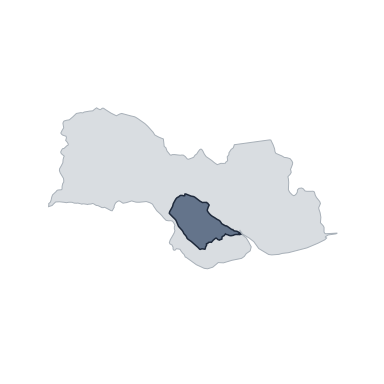 location of Upper Demerara-Berbice within Guyana, rotated 120°
{"feature_id": "GUY-673", "entity_name": "Upper Demerara-Berbice", "entity_type": "Region", "adm_level": 1, "iso_a3": "GUY", "parent_name": "Guyana", "parent_adm1": "", "projection": "natural_earth1", "projection_center": [-58.308, 5.539], "detail": "fine", "context": "in_parent", "style": "filled", "palette": "slate", "viewbox_px": 384, "rotation_deg": 120, "n_neighbors": 0, "source": "natural_earth", "source_scale": "10m", "svg_char_len": 5491}
<svg xmlns="http://www.w3.org/2000/svg" viewBox="0 0 384 384"><g transform="rotate(120 192 192)"><path d="M129.9,179.0L122.6,169.6L115.3,160.2L108.1,150.9L107.6,149.7L110.6,145.3L113.3,142.1L115.6,140.3L116.6,138.7L115.8,131.9L115.9,129.4L114.8,126.8L114.1,123.8L115.0,121.3L116.1,119.6L117.5,118.9L120.8,118.3L123.2,118.0L124.1,117.0L125.4,115.9L127.2,115.8L130.8,116.6L132.4,115.1L135.3,113.1L141.9,109.6L143.4,107.3L144.4,103.7L144.3,102.0L143.6,101.4L142.0,100.8L139.5,100.7L137.5,101.7L135.4,101.2L133.7,99.0L133.6,97.2L134.6,94.6L134.0,92.9L130.8,87.5L130.8,86.0L133.2,83.6L134.5,81.5L136.4,76.6L137.8,75.0L142.4,74.4L143.6,73.3L145.9,70.7L149.4,67.8L154.4,65.4L155.8,61.1L156.7,59.9L160.7,57.6L161.4,56.4L161.3,55.3L154.9,45.6L156.2,46.3L161.1,52.6L163.9,54.0L164.4,54.0L164.5,52.4L167.0,53.1L173.5,57.4L182.9,64.5L196.3,78.1L200.1,83.2L202.6,85.6L206.6,91.5L207.8,94.4L207.6,105.9L204.1,113.6L203.3,119.4L203.1,127.2L201.0,131.7L203.7,129.2L204.6,122.2L206.9,118.0L209.9,113.3L213.9,112.2L218.2,114.2L221.7,114.5L224.7,115.9L231.3,123.4L237.6,129.3L240.0,134.0L246.7,136.4L250.7,140.1L252.0,143.3L252.8,151.8L251.5,164.6L251.8,165.2L250.0,167.7L249.7,169.3L248.5,172.2L247.6,173.7L248.9,177.2L250.4,177.4L251.0,177.8L251.4,178.5L251.3,179.3L250.7,180.0L249.3,180.8L247.9,182.8L248.0,185.1L247.2,186.3L244.4,186.9L238.9,186.9L236.2,187.0L234.1,187.4L232.7,188.9L230.9,189.9L229.5,190.1L228.2,191.8L227.0,194.2L227.4,195.9L228.7,198.0L229.5,200.3L228.5,203.9L227.4,206.7L226.8,208.9L225.9,213.0L223.8,217.5L222.3,220.1L222.3,222.9L223.1,226.8L227.3,232.6L228.8,235.4L229.9,239.8L233.8,243.3L236.2,246.1L236.0,249.9L236.3,251.0L237.8,252.0L239.7,252.7L241.7,252.6L243.5,252.3L243.9,251.8L248.1,251.7L248.6,252.6L248.8,258.0L249.0,260.2L250.0,261.1L250.6,262.4L250.6,263.6L250.8,266.6L251.5,268.2L251.4,271.4L251.8,272.6L252.9,273.4L254.4,275.7L255.0,276.0L255.2,276.8L256.5,280.1L257.1,281.0L257.6,281.2L257.8,282.3L258.7,285.4L259.3,286.1L260.5,288.4L260.9,290.8L262.5,293.6L264.1,295.5L264.8,297.5L266.8,302.0L268.8,305.1L271.4,305.9L273.6,306.4L275.0,307.6L276.4,308.9L274.9,309.5L273.6,310.3L271.8,309.6L269.3,310.0L266.6,310.9L264.2,311.3L259.6,309.9L258.2,309.7L257.3,309.1L255.4,306.3L254.5,306.0L252.1,307.3L249.1,308.2L247.7,308.0L246.0,308.9L244.4,310.2L241.4,315.6L239.8,317.5L238.1,318.3L234.8,318.3L231.2,318.5L228.5,319.8L226.0,320.5L224.8,320.6L224.3,323.5L223.8,324.9L223.0,325.7L221.0,325.9L219.3,325.8L218.2,324.6L216.2,324.0L214.5,323.5L213.4,322.8L212.4,323.0L211.7,324.2L211.1,325.3L210.5,327.2L207.9,327.8L206.7,328.9L207.4,332.5L207.1,334.0L206.5,335.1L203.3,335.3L200.6,335.2L199.0,336.5L197.1,338.1L195.9,338.4L194.5,338.3L192.6,336.5L190.8,334.3L186.3,332.7L181.8,331.4L178.8,327.9L178.1,326.1L176.7,325.4L173.2,321.2L171.3,318.5L169.2,317.8L166.8,316.7L166.9,314.7L166.7,312.8L165.7,312.1L164.3,311.6L163.7,310.5L163.9,308.1L164.2,301.7L163.8,295.6L160.5,293.5L159.1,292.1L156.7,283.1L155.5,279.1L155.5,276.1L156.3,267.1L157.2,263.2L159.7,255.5L161.2,252.8L161.2,250.9L161.1,248.3L160.4,243.3L164.6,240.2L166.4,238.9L166.7,236.8L169.0,234.1L170.0,231.5L170.8,229.5L170.6,228.5L169.6,227.9L168.4,226.0L166.0,220.5L165.1,219.4L164.4,217.9L164.7,215.4L165.7,212.8L165.6,211.7L164.1,210.3L161.1,207.9L158.6,207.8L156.7,206.9L153.8,206.8L151.5,206.5L150.3,205.7L150.5,204.2L151.1,203.1L153.0,200.3L154.3,197.4L154.5,194.5L154.8,190.8L155.4,187.5L155.7,183.8L152.7,181.3L151.7,179.3L150.5,177.6L149.1,177.6L147.1,176.8L143.9,179.1L141.3,178.7L139.6,179.6L135.6,179.4L133.0,178.3L129.9,179.0Z" fill="#d9dde1" stroke="#a8b0b8" stroke-width="1"/><path d="M203.5,130.6L203.9,130.6L203.6,130.4L204.2,128.8L204.2,128.7L204.9,129.2L206.8,132.7L207.3,133.3L207.6,133.7L209.0,134.7L210.4,136.4L210.8,137.3L211.0,138.0L211.1,138.4L211.1,138.7L211.1,139.0L211.1,139.3L211.7,141.5L211.6,142.1L211.8,142.1L213.5,142.3L213.8,142.4L214.1,142.6L214.7,143.0L215.6,143.5L215.8,143.5L216.1,143.4L216.7,143.1L218.0,142.6L219.1,143.8L219.3,144.0L219.8,144.0L220.2,145.3L220.2,146.0L219.8,147.7L220.2,148.4L220.7,148.6L223.0,149.5L224.1,149.7L224.4,149.8L225.8,150.0L226.0,150.3L226.2,151.0L226.6,151.4L227.3,152.4L227.5,152.6L227.8,152.6L228.1,152.6L228.6,152.6L228.9,152.9L229.5,153.6L229.8,153.6L230.0,153.5L230.2,153.3L230.4,153.0L230.7,152.8L231.1,152.7L232.7,152.8L232.9,152.7L233.7,152.4L234.0,152.3L234.7,152.3L235.1,152.2L236.1,154.8L236.7,155.5L237.1,155.7L237.6,156.2L237.7,156.6L237.7,156.9L237.6,157.2L237.0,159.1L235.2,168.0L234.9,171.8L234.7,172.6L234.5,173.2L233.4,174.6L232.9,175.7L232.1,178.2L230.9,179.9L230.2,181.3L228.5,186.5L225.2,190.8L224.3,192.2L223.8,193.9L223.2,196.3L221.9,200.9L221.3,201.2L220.2,201.5L214.5,201.6L213.9,201.7L211.4,202.4L206.2,202.5L204.6,202.2L203.9,201.9L203.4,201.5L203.2,201.3L202.8,201.1L201.3,200.6L201.2,200.5L200.7,200.2L199.9,198.9L199.4,197.2L198.9,196.5L197.3,197.1L196.8,196.4L196.0,190.7L195.1,188.2L195.1,186.6L195.9,180.8L195.9,177.9L195.7,177.3L195.3,176.9L193.7,174.1L193.9,173.8L193.9,173.4L193.9,173.1L193.9,172.6L194.1,172.3L194.4,171.6L194.6,170.8L195.1,170.5L196.5,170.5L199.5,169.9L200.3,169.6L200.9,168.9L201.7,167.2L202.3,165.5L202.7,163.9L202.9,162.2L202.9,159.5L203.1,156.9L203.0,154.4L203.1,153.5L204.0,151.4L204.5,150.7L204.6,149.7L204.6,146.5L204.5,146.0L204.1,145.1L204.1,144.2L204.6,138.9L204.5,138.5L204.3,138.2L204.1,137.9L204.2,137.6L204.4,137.3L204.5,136.9L204.5,136.6L204.6,136.2L204.4,135.5L203.6,133.6L203.5,132.8L203.5,131.1L203.5,130.6Z" fill="#64748b" stroke="#1e293b" stroke-width="1.5"/></g></svg>